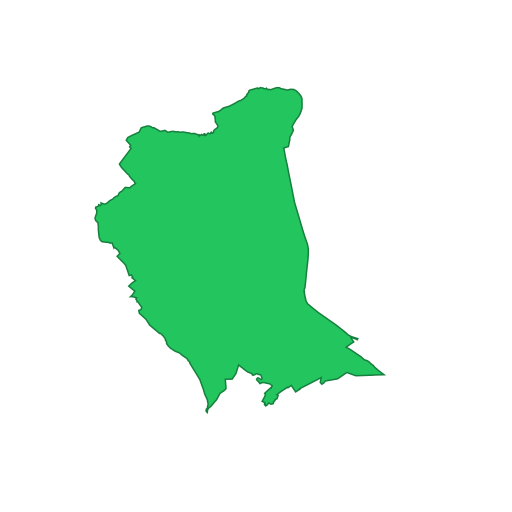 Amacueca, Jalisco, Mexico, rotated 316°
{"feature_id": "50627088B63985202353030", "entity_name": "Amacueca", "entity_type": "district", "adm_level": 2, "iso_a3": "MEX", "parent_name": "Mexico", "parent_adm1": "Jalisco", "projection": "orthographic", "projection_center": [-103.62, 19.989], "detail": "fine", "context": "isolated", "style": "filled", "palette": "green", "viewbox_px": 512, "rotation_deg": 316, "n_neighbors": 0, "source": "geoboundaries", "source_scale": "gbopen_adm2", "svg_char_len": 5990}
<svg xmlns="http://www.w3.org/2000/svg" viewBox="0 0 512 512"><g transform="rotate(316 256 256)"><path d="M381.9,146.5L381.6,145.7L379.9,144.2L380.1,142.6L379.2,142.3L378.3,141.6L377.7,140.7L377.7,139.8L376.8,139.1L376.3,138.0L374.8,137.5L373.9,137.5L373.8,136.2L368.4,133.3L366.7,132.4L366.4,132.3L365.6,132.3L364.4,133.2L361.6,133.4L360.6,134.4L359.5,134.0L357.6,134.2L356.4,134.3L354.8,133.8L353.2,133.6L351.2,132.5L348.5,131.9L344.1,130.7L341.3,129.8L339.0,128.8L337.7,128.0L335.5,126.9L334.1,126.6L332.6,126.7L330.9,126.3L329.4,126.1L327.8,125.1L325.0,123.7L324.1,123.3L323.7,123.7L323.5,124.0L323.6,125.0L323.7,126.2L323.1,127.8L322.4,128.2L322.0,128.6L321.5,129.7L320.6,130.5L319.8,131.5L319.7,132.7L319.4,134.2L319.0,135.9L318.2,136.6L316.9,136.8L315.2,136.6L314.2,136.4L313.5,136.4L313.2,136.4L312.8,136.5L312.4,136.7L312.2,136.9L311.9,137.1L311.7,137.3L311.2,137.6L310.7,137.6L310.2,137.5L309.9,137.1L309.9,136.7L310.1,136.4L310.1,136.1L310.0,135.9L309.8,135.8L309.6,135.8L309.4,135.8L309.2,135.9L309.1,136.0L308.8,136.2L308.6,136.3L308.2,136.2L307.7,135.9L307.4,135.4L307.3,134.8L307.3,134.7L306.7,134.4L306.6,134.2L306.3,134.2L306.0,134.3L305.8,134.3L305.3,134.3L305.1,134.3L304.8,134.3L304.4,134.4L304.2,134.3L304.0,134.2L303.9,133.8L302.9,134.0L302.7,133.7L302.8,133.3L303.7,133.0L303.8,132.9L304.0,132.7L303.7,132.4L303.7,132.2L303.4,132.1L303.2,132.1L302.8,132.0L302.6,132.0L302.2,132.3L301.9,132.1L301.5,131.9L301.3,131.7L301.2,131.5L301.1,131.3L301.2,131.1L301.3,130.8L301.2,130.6L300.9,130.6L300.6,130.6L300.1,130.7L299.6,130.5L299.3,130.0L299.3,129.5L299.3,129.2L298.9,129.2L298.5,129.6L298.7,128.7L298.5,128.4L298.3,127.8L297.5,126.7L297.1,125.3L296.6,125.0L296.2,124.5L296.0,124.3L295.6,123.9L295.1,123.7L294.3,122.9L293.5,121.1L292.3,119.8L291.1,118.1L289.7,116.1L287.4,114.3L286.3,112.5L284.5,111.0L283.4,109.2L281.9,107.8L278.5,105.8L278.2,103.9L277.7,102.3L275.7,101.2L273.7,99.8L271.7,92.9L270.5,91.7L270.2,90.0L269.5,88.4L268.1,87.0L266.6,86.1L265.5,85.7L264.2,84.8L263.6,84.6L262.5,84.1L257.9,85.7L254.4,84.4L249.5,82.7L246.0,81.7L243.0,82.7L242.8,89.3L240.9,89.7L240.8,90.6L241.0,91.8L223.8,94.6L222.7,94.8L221.7,94.9L221.2,96.4L220.7,99.4L220.7,102.9L220.6,107.7L220.9,109.7L220.4,110.7L220.2,112.9L220.1,115.5L220.3,117.4L219.8,118.9L219.6,120.2L214.8,119.3L212.5,119.2L209.6,115.8L204.6,116.2L202.2,115.6L200.7,115.8L198.7,116.7L196.4,115.8L194.1,115.4L192.4,115.6L190.5,114.9L188.3,114.5L186.6,114.6L184.3,114.2L182.9,113.3L181.4,110.2L180.8,111.1L179.2,111.7L178.5,109.9L177.9,110.6L176.8,110.4L175.8,110.2L174.8,109.5L173.7,110.1L173.2,112.5L171.2,114.5L168.9,115.6L167.2,116.6L166.1,117.3L165.3,119.5L165.4,122.3L162.6,125.8L160.7,127.7L156.0,133.8L155.0,136.5L155.1,138.7L158.1,142.4L159.4,143.8L159.9,145.3L161.6,146.6L159.4,151.5L160.2,151.3L160.8,156.1L159.8,159.7L155.9,159.7L155.9,166.3L156.0,166.4L155.9,172.1L151.2,182.0L153.2,183.2L152.3,186.1L151.7,185.8L152.2,190.0L148.2,189.3L143.5,189.3L144.4,197.1L140.4,198.1L137.5,198.1L138.6,199.1L141.1,203.1L140.8,203.2L139.6,203.6L139.5,205.2L139.1,205.7L138.6,206.2L139.2,206.7L138.1,213.7L135.9,214.6L133.9,213.7L132.3,216.2L132.9,225.4L131.5,231.9L131.9,235.7L132.4,240.3L132.8,244.7L133.5,245.2L133.6,245.9L133.7,249.1L133.2,252.8L132.4,253.5L132.0,255.8L130.8,256.9L130.4,259.8L130.4,262.8L131.7,268.4L133.7,272.7L133.8,275.0L134.0,276.6L135.1,281.4L135.0,282.5L134.5,284.3L134.7,285.9L133.9,287.4L129.8,305.8L125.3,315.8L123.3,319.5L121.1,325.6L118.5,329.5L117.6,330.0L117.1,330.2L116.5,330.8L115.7,331.4L114.8,331.7L113.8,331.7L112.5,332.7L112.2,333.5L112.3,334.7L113.3,333.8L114.8,332.9L115.9,332.6L119.7,332.8L124.0,332.3L127.9,332.0L132.9,330.4L134.6,329.8L139.7,330.7L140.6,330.7L141.6,330.7L142.4,330.5L144.6,327.9L144.7,327.7L148.3,323.3L153.3,328.0L160.0,326.6L167.8,322.3L169.0,331.1L169.5,333.7L170.5,335.9L171.4,337.8L170.9,338.5L170.9,339.3L171.0,339.8L172.9,340.6L174.1,340.7L174.9,341.3L175.5,343.0L176.0,343.6L176.8,344.6L176.7,345.4L176.2,346.3L175.9,347.0L175.6,347.6L175.4,348.1L175.1,348.5L174.8,348.6L174.0,348.5L173.6,347.9L173.4,346.6L173.1,345.5L172.5,344.8L171.8,344.8L170.6,345.2L170.4,346.3L170.5,348.4L170.2,350.1L170.2,350.6L171.8,351.1L172.5,351.4L173.8,352.6L177.1,357.6L177.5,360.6L175.1,361.5L175.1,361.0L166.9,360.8L166.9,361.7L166.0,362.3L164.9,363.2L162.6,363.8L159.4,364.9L160.5,367.5L160.0,368.1L159.6,368.2L159.6,368.8L159.2,368.8L158.8,368.9L158.8,369.1L158.9,369.7L159.3,369.6L159.2,369.8L158.9,370.6L160.0,370.9L161.7,370.8L163.2,370.7L163.7,372.8L164.5,373.5L166.0,374.2L166.4,373.8L166.8,373.6L167.1,373.3L167.4,373.1L167.5,373.0L167.8,373.1L168.1,373.1L168.9,373.3L170.2,372.5L171.8,373.3L175.1,371.7L175.1,371.2L174.7,370.2L180.2,370.9L187.5,372.3L187.5,373.0L191.5,373.6L190.1,381.3L195.1,382.3L195.2,381.8L218.5,388.8L214.4,391.6L214.3,394.0L216.9,394.4L219.1,394.1L229.3,401.0L231.6,401.4L240.4,402.9L244.6,411.4L248.2,414.7L257.0,422.6L258.7,424.0L265.6,430.3L264.5,423.3L264.1,418.3L264.3,415.6L264.1,414.8L263.9,413.7L263.7,410.3L263.2,408.3L261.9,406.1L261.5,401.9L261.6,401.7L260.7,397.6L258.9,389.0L257.5,384.2L262.9,385.0L266.6,385.7L267.5,380.6L268.1,380.7L270.7,386.4L270.7,386.5L271.8,386.2L269.0,381.0L268.5,379.8L267.4,376.6L267.3,373.4L265.7,361.5L261.6,340.4L260.7,333.5L259.9,326.3L260.7,323.2L261.8,321.4L263.3,318.9L265.6,315.4L265.9,315.5L266.9,313.9L269.3,312.7L273.4,309.3L280.8,303.0L291.5,294.1L295.2,290.7L298.6,287.2L301.1,283.4L305.1,274.8L308.2,268.7L313.3,259.0L320.5,245.1L321.0,244.2L330.3,229.8L337.0,219.3L337.7,218.2L341.8,212.0L343.2,209.6L345.4,206.1L351.0,197.6L355.3,199.8L361.0,195.9L362.8,194.1L366.8,192.9L370.3,191.5L372.0,187.9L375.7,186.8L379.4,185.8L383.8,185.2L386.8,184.2L391.4,181.9L394.5,178.9L395.9,177.4L396.4,176.8L397.1,176.1L398.0,175.2L398.9,173.7L399.5,171.7L399.8,168.5L399.7,165.2L398.9,162.5L396.6,160.0L395.7,159.5L393.7,158.4L392.2,155.8L390.3,153.2L389.7,151.2L388.7,150.1L387.0,148.8L385.7,148.3L385.5,148.1L381.9,146.5Z" fill="#22c55e" stroke="#15803d" stroke-width="1.5"/></g></svg>